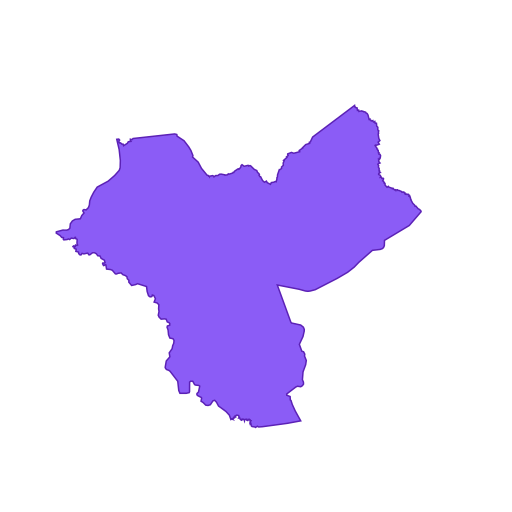 Yang Talat, Kalasin, Thailand, rotated 153°
{"feature_id": "78962969B97820746751247", "entity_name": "Yang Talat", "entity_type": "district", "adm_level": 2, "iso_a3": "THA", "parent_name": "Thailand", "parent_adm1": "Kalasin", "projection": "orthographic", "projection_center": [103.312, 16.452], "detail": "fine", "context": "isolated", "style": "filled", "palette": "violet", "viewbox_px": 512, "rotation_deg": 153, "n_neighbors": 0, "source": "geoboundaries", "source_scale": "gbopen_adm2", "svg_char_len": 6075}
<svg xmlns="http://www.w3.org/2000/svg" viewBox="0 0 512 512"><g transform="rotate(153 256 256)"><path d="M99.8,345.4L151.5,336.3L155.8,333.0L156.9,333.1L157.1,332.0L161.1,332.7L165.5,331.3L165.4,331.0L169.6,330.4L169.7,329.1L175.7,330.4L177.4,332.2L181.4,332.6L181.7,332.1L181.8,330.9L183.8,330.5L183.7,329.8L188.0,328.7L187.6,328.1L189.6,326.5L190.5,324.4L192.9,323.7L193.5,322.4L195.5,322.1L196.0,322.4L200.0,318.5L201.0,316.7L201.8,316.3L202.5,315.0L204.3,313.0L204.9,313.6L206.8,313.7L209.0,314.5L210.6,313.3L212.7,316.3L212.7,318.0L215.0,317.9L215.9,320.3L215.9,324.6L216.5,324.9L216.6,326.7L216.0,327.0L216.0,328.1L216.7,329.9L216.5,331.8L218.2,333.9L219.8,338.7L220.3,339.3L221.7,339.5L221.8,340.3L222.4,340.5L225.8,341.3L227.0,343.7L228.2,343.4L229.2,342.1L231.5,341.1L232.0,341.1L232.1,341.7L232.6,341.8L236.6,341.3L237.9,340.5L238.4,340.9L239.2,340.5L243.0,341.2L243.4,341.8L244.5,341.3L246.8,342.0L246.7,342.3L249.9,344.8L251.4,345.4L253.4,345.0L255.5,346.0L257.5,345.6L257.5,346.3L258.1,347.3L260.9,348.1L261.3,347.8L261.2,348.3L262.0,348.6L261.9,349.3L262.9,350.2L264.8,358.8L264.9,365.9L267.6,373.0L266.6,374.1L266.1,379.5L266.4,383.8L267.8,391.4L271.9,398.6L271.4,400.2L271.9,400.7L273.1,401.7L312.2,416.5L313.7,416.0L314.9,417.1L315.5,416.0L315.4,414.9L317.9,415.8L319.4,414.8L323.9,414.4L323.6,416.0L324.7,416.6L325.3,418.3L326.0,418.4L326.4,419.8L325.6,421.0L324.9,421.2L325.2,422.5L327.1,423.2L329.6,413.0L333.5,402.7L337.0,396.3L339.0,394.4L345.4,391.9L353.8,389.8L366.2,389.5L371.6,386.5L376.2,383.2L379.1,380.6L381.4,377.0L383.4,375.2L386.4,374.2L388.2,375.5L389.5,375.3L389.9,374.5L389.7,372.4L392.8,371.2L395.6,368.9L400.5,370.8L403.7,370.6L406.8,369.0L409.2,365.3L411.1,364.7L413.0,365.0L416.4,366.8L422.9,368.2L423.6,367.1L421.2,363.0L420.7,360.8L419.2,359.8L420.1,358.4L419.9,357.6L416.8,356.4L415.4,356.4L414.6,355.3L412.5,355.8L410.3,354.2L408.7,354.8L408.4,354.6L408.8,353.3L408.0,352.5L407.9,351.8L409.7,348.7L410.0,346.7L410.7,346.7L411.8,347.7L412.6,346.6L413.8,347.8L414.8,347.6L414.7,347.0L413.5,346.5L414.5,345.2L413.1,343.7L414.4,341.9L412.4,340.1L412.9,338.6L412.4,337.0L411.5,336.4L409.8,337.3L408.4,336.0L404.9,335.1L404.5,334.7L404.5,333.1L403.6,332.5L400.1,333.1L398.4,332.2L397.2,330.4L396.9,328.1L395.0,326.8L395.1,324.2L393.0,321.1L393.5,318.6L394.1,318.5L395.7,319.3L396.2,318.8L396.2,316.7L395.5,316.5L394.4,316.8L393.8,316.3L395.1,312.2L391.8,310.0L390.5,308.5L389.4,303.9L388.4,303.3L386.7,303.2L383.9,302.2L383.1,299.8L381.3,297.9L380.4,296.1L381.0,294.2L380.3,292.0L381.2,290.4L380.2,286.2L376.3,285.2L374.1,285.1L367.4,278.5L369.1,273.8L369.8,269.5L369.2,268.0L368.2,267.3L367.1,267.2L366.1,268.3L365.0,267.2L365.0,263.6L367.7,261.2L365.4,259.0L364.7,256.7L366.8,253.1L367.6,250.6L370.0,247.6L370.1,245.5L369.2,242.8L366.0,241.5L364.7,240.4L365.0,237.6L363.6,235.8L363.5,234.9L364.3,233.5L366.7,233.9L367.6,232.9L367.9,230.1L369.7,225.5L370.0,222.0L367.5,220.0L367.4,217.9L369.0,215.5L370.9,214.0L372.8,211.5L377.3,209.1L378.5,205.3L383.6,203.2L387.5,198.0L387.6,196.7L387.2,195.4L385.6,193.7L384.9,192.3L382.6,179.9L385.9,171.2L386.1,168.2L380.4,165.3L377.6,164.6L376.8,165.3L372.4,173.8L371.0,174.1L369.2,173.1L369.1,169.3L368.4,168.4L365.7,166.6L365.2,165.6L369.0,160.9L371.0,160.3L371.6,159.3L371.5,158.3L368.9,154.7L369.0,154.0L370.9,151.6L369.6,149.4L368.5,145.9L366.6,144.6L364.2,144.2L360.1,146.5L358.3,146.2L357.6,143.7L357.5,139.3L353.4,131.2L352.0,126.3L352.6,121.7L351.7,121.8L350.8,120.9L351.0,121.9L349.4,121.5L349.0,122.3L348.3,121.8L347.7,122.5L347.6,121.9L347.1,121.8L346.9,122.8L346.2,123.0L345.2,122.9L343.9,121.7L344.3,120.0L344.8,119.6L344.0,119.5L344.2,117.8L343.6,116.3L342.9,116.3L343.3,117.1L341.8,116.7L340.9,115.9L341.1,114.4L340.4,115.3L338.9,115.1L338.9,114.4L338.3,114.4L338.5,113.7L338.0,113.1L336.3,113.8L335.6,112.8L336.2,112.0L335.3,111.5L337.3,110.0L337.4,109.4L336.9,109.8L336.5,109.5L337.3,106.7L336.9,105.8L334.6,104.2L334.3,103.5L332.1,103.7L331.3,102.5L327.8,101.0L304.1,92.7L291.0,88.8L291.4,100.1L291.1,107.2L290.4,111.4L290.8,112.1L289.4,115.3L291.8,118.0L291.3,119.1L280.1,121.2L278.1,121.1L275.5,119.2L273.5,119.4L271.8,120.3L271.0,122.1L270.8,124.7L266.7,131.4L261.1,136.6L258.6,140.1L258.2,144.8L257.1,146.4L257.1,149.1L258.4,150.4L257.5,157.6L250.7,162.9L247.2,167.1L246.3,168.7L246.1,171.1L247.5,174.2L254.8,180.2L255.0,181.2L250.2,220.5L232.7,206.8L227.9,202.4L225.8,201.0L223.6,200.2L218.6,199.1L193.8,199.2L181.7,199.9L173.6,201.5L167.2,203.7L149.7,208.2L142.4,205.5L140.1,205.2L138.6,205.6L137.0,206.9L134.4,211.6L105.6,213.6L88.8,220.5L88.6,221.5L89.2,223.3L90.1,224.5L90.9,227.9L91.7,228.1L91.6,229.4L92.4,231.7L92.5,235.8L92.2,236.1L92.4,236.5L91.8,238.5L92.4,239.5L91.8,239.6L91.7,240.1L92.3,240.5L92.0,241.4L92.3,241.9L93.2,242.1L93.5,242.8L94.3,242.7L94.9,243.3L95.1,243.8L94.5,244.3L95.6,245.7L95.4,246.0L97.0,246.5L96.9,247.2L98.9,249.6L99.8,250.0L99.9,250.8L101.3,251.3L101.6,251.0L101.7,251.8L102.6,252.0L103.2,254.2L104.0,254.1L104.0,254.6L106.4,257.1L106.5,258.0L108.0,257.7L108.8,260.5L108.1,262.1L108.7,262.6L108.3,263.3L108.6,264.2L108.4,264.7L109.0,265.5L107.3,266.8L107.5,267.7L108.7,268.0L108.6,269.5L109.4,269.7L108.8,270.1L108.6,271.4L109.7,272.9L109.6,273.3L109.1,273.8L108.3,273.8L108.0,274.5L107.6,274.3L107.9,275.1L107.2,275.5L107.5,276.3L106.5,278.1L106.6,279.7L105.6,281.0L105.9,282.2L105.1,282.8L103.3,282.6L103.7,284.6L103.3,285.5L102.5,285.9L102.7,286.5L102.0,286.3L101.9,287.0L100.9,286.8L99.4,288.9L99.4,290.3L100.2,290.9L99.5,292.1L100.0,292.4L99.2,294.5L99.5,295.0L99.2,296.0L99.7,296.6L99.3,297.2L99.8,300.3L99.3,300.6L98.3,300.0L95.4,299.6L95.5,302.0L93.2,302.6L93.2,305.0L91.8,309.2L91.0,309.7L90.7,311.0L89.8,311.7L90.2,313.2L89.0,315.4L89.5,316.9L88.4,319.6L89.5,320.2L89.1,321.9L89.9,321.7L90.4,322.0L90.7,323.1L90.4,323.6L92.0,324.0L92.0,324.9L92.6,325.5L92.3,326.3L93.2,326.4L92.2,330.7L92.3,332.5L93.1,333.6L93.0,334.3L93.9,335.3L94.4,335.4L95.0,336.5L95.7,336.7L95.9,337.3L98.7,338.1L98.3,339.4L99.5,339.7L98.7,342.1L99.7,342.8L99.8,343.6L100.3,344.0L99.8,345.4Z" fill="#8b5cf6" stroke="#5b21b6" stroke-width="1.5"/></g></svg>